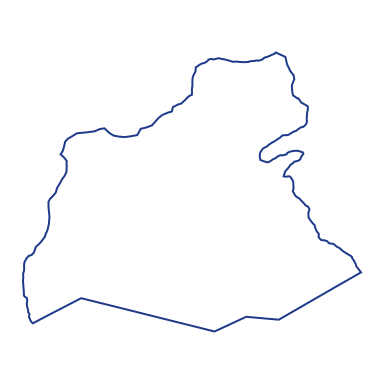 the district of Phuntsthothang, Samdrup Jongkhar, Bhutan
{"feature_id": "84629894B82317088432699", "entity_name": "Phuntsthothang", "entity_type": "district", "adm_level": 2, "iso_a3": "BTN", "parent_name": "Bhutan", "parent_adm1": "Samdrup Jongkhar", "projection": "orthographic", "projection_center": [91.692, 26.867], "detail": "fine", "context": "isolated", "style": "outline", "palette": "blue", "viewbox_px": 384, "rotation_deg": 0, "n_neighbors": 0, "source": "geoboundaries", "source_scale": "gbopen_adm2", "svg_char_len": 3876}
<svg xmlns="http://www.w3.org/2000/svg" viewBox="0 0 384 384"><path d="M32.9,323.3L45.2,316.8L81.1,298.2L119.8,307.8L214.5,331.5L246.2,316.8L278.8,319.7L336.8,286.2L361.0,272.4L359.9,270.9L358.7,269.3L358.1,268.6L356.8,266.9L356.2,265.8L355.5,263.5L354.6,262.1L354.0,260.8L353.3,259.7L352.1,258.1L352.0,257.0L351.1,256.1L349.3,255.1L347.3,253.9L345.1,252.5L342.9,251.1L340.8,249.2L339.2,247.8L337.4,247.1L334.4,244.7L333.2,243.8L330.4,243.5L328.8,243.1L327.7,241.7L327.0,241.1L323.9,240.2L322.7,240.3L320.9,239.8L318.6,237.2L318.8,235.0L318.8,233.9L317.3,232.1L316.4,230.5L315.4,228.4L314.6,225.2L314.0,224.5L312.4,222.9L310.2,220.1L308.6,217.5L308.3,213.0L309.5,209.3L308.0,206.6L306.8,206.1L305.5,205.3L304.5,204.0L303.3,202.7L302.5,202.0L301.6,200.9L300.6,199.9L299.6,198.7L299.0,198.2L298.0,197.7L297.1,197.3L296.5,196.7L295.5,195.8L294.9,195.1L294.6,194.4L294.2,193.5L293.6,192.5L293.1,192.0L292.8,191.1L293.1,190.0L293.5,189.3L293.5,188.2L293.4,184.9L293.3,183.4L293.3,182.4L293.1,181.5L292.3,179.8L291.7,178.6L290.5,177.2L289.8,176.5L288.9,176.3L287.7,176.5L286.1,176.7L285.2,176.7L283.6,176.3L285.2,171.4L288.3,167.9L290.6,164.7L292.7,163.4L294.2,161.7L296.1,161.3L298.7,160.5L300.3,159.3L300.7,157.8L302.0,155.7L303.4,153.7L302.8,152.4L301.4,151.9L297.9,150.8L294.7,150.8L292.1,151.2L289.3,151.9L287.3,153.0L286.5,154.4L283.7,155.1L281.1,155.4L280.2,155.2L278.3,156.1L275.4,158.2L272.8,159.4L271.6,160.3L269.4,161.7L267.6,162.3L264.7,161.6L262.4,160.7L260.4,160.0L259.8,157.6L259.8,154.6L260.2,152.8L260.7,151.7L261.9,150.0L263.0,148.5L265.0,147.4L267.4,146.2L268.6,144.9L272.0,142.6L274.9,141.1L278.1,138.8L279.8,137.9L281.3,136.4L282.7,135.3L284.6,135.2L287.1,135.2L288.6,134.7L290.7,133.4L294.1,131.4L295.6,131.1L297.4,129.8L298.6,128.9L300.7,127.5L301.8,127.1L302.8,127.0L304.4,126.0L306.0,124.3L306.5,123.1L307.0,121.5L306.8,119.7L306.7,118.4L307.1,112.9L307.5,111.1L307.9,108.9L307.8,106.4L306.4,105.4L303.9,104.0L302.4,103.1L301.2,102.5L299.3,99.7L298.3,98.4L297.5,98.5L296.8,98.0L295.5,97.0L294.3,96.2L293.2,95.6L292.4,92.6L292.0,88.5L291.9,86.8L291.9,85.2L292.2,84.4L293.0,82.5L293.6,80.8L294.3,79.3L294.1,77.9L293.9,76.9L293.6,75.3L290.2,70.9L288.9,68.0L287.1,64.4L286.2,60.6L285.4,56.9L275.7,52.5L275.1,53.3L274.2,53.7L273.5,54.2L271.4,55.0L269.4,56.0L267.6,56.7L264.3,57.7L262.3,59.5L260.8,60.0L259.4,60.6L256.1,60.5L255.3,60.8L250.0,61.3L248.2,62.0L243.2,62.2L239.1,61.9L235.9,61.5L234.7,61.8L233.1,61.8L227.3,60.1L223.1,59.1L221.9,59.0L218.8,58.2L216.0,58.8L215.3,59.1L213.7,59.4L211.2,59.0L209.9,59.1L208.6,59.7L207.1,61.3L204.5,62.9L201.7,63.6L199.3,64.9L197.2,66.5L195.7,67.3L195.7,68.7L195.6,70.9L195.2,72.0L194.5,73.4L193.6,75.0L192.8,77.0L192.5,79.2L192.4,81.7L192.4,83.8L192.4,85.9L192.1,87.8L191.9,89.3L192.0,92.4L191.9,94.0L191.8,94.9L190.8,95.2L188.3,96.6L185.3,99.8L181.3,103.5L178.1,104.5L174.9,106.1L172.9,107.1L171.8,111.6L168.5,112.4L162.4,114.9L158.5,118.0L151.9,125.4L146.2,127.5L140.8,128.8L137.2,135.1L131.2,136.2L124.9,137.1L118.1,136.5L113.4,135.5L109.3,132.9L106.2,130.0L104.4,128.3L100.1,129.0L94.5,131.3L88.9,132.1L77.0,133.3L71.2,136.8L67.8,138.8L65.2,141.6L64.1,146.4L62.8,150.8L60.6,154.4L62.1,155.7L64.9,158.4L66.8,161.1L66.5,163.2L66.7,166.6L66.5,171.9L64.4,176.2L62.4,178.8L59.5,184.0L57.1,188.0L55.6,192.9L51.8,197.1L49.9,199.1L48.5,201.8L48.5,206.6L48.9,211.3L49.5,216.8L49.2,219.9L48.9,223.8L47.5,230.1L45.7,233.9L44.8,236.9L43.0,239.2L41.1,241.8L38.5,244.6L35.7,246.9L35.1,249.3L33.7,252.8L31.4,255.1L28.7,255.9L26.7,258.2L24.7,261.6L24.1,264.1L24.1,267.8L24.1,270.5L23.1,273.9L23.3,277.4L23.0,280.5L23.3,285.3L23.6,289.0L23.9,293.0L23.9,295.6L25.1,296.9L26.7,297.8L27.1,299.4L27.2,301.4L26.9,302.7L26.8,304.0L27.2,307.0L28.1,310.0L28.2,312.0L28.8,313.0L29.4,314.2L29.3,315.2L28.9,316.5L29.2,317.3L29.6,318.3L30.1,319.5L30.4,320.4L31.6,322.2L32.3,322.7L32.9,323.3Z" fill="none" stroke="#1e3a8a" stroke-width="2"/></svg>